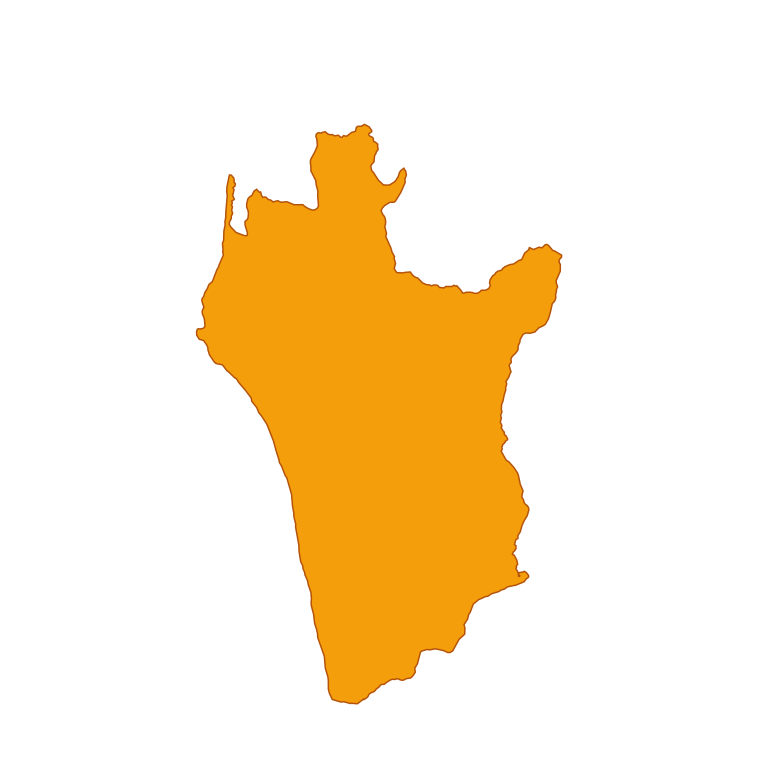 Puerto Jimenez, Puntarenas, Costa Rica, rotated 56°
{"feature_id": "36466004B12090025276311", "entity_name": "Puerto Jimenez", "entity_type": "district", "adm_level": 2, "iso_a3": "CRI", "parent_name": "Costa Rica", "parent_adm1": "Puntarenas", "projection": "albers", "projection_center": [-83.47, 8.533], "detail": "fine", "context": "isolated", "style": "filled", "palette": "amber", "viewbox_px": 768, "rotation_deg": 56, "n_neighbors": 0, "source": "geoboundaries", "source_scale": "gbopen_adm2", "svg_char_len": 6158}
<svg xmlns="http://www.w3.org/2000/svg" viewBox="0 0 768 768"><g transform="rotate(56 384 384)"><path d="M125.5,393.8L124.3,395.2L125.0,396.1L132.7,403.9L136.8,407.0L139.9,408.4L152.8,418.8L157.1,421.8L160.6,425.2L163.2,426.7L167.8,431.3L175.2,436.6L177.1,439.3L182.4,442.2L184.2,443.8L187.2,445.0L193.8,455.2L194.4,455.6L195.8,458.6L203.1,469.0L203.6,473.5L206.1,477.1L208.0,481.4L210.5,484.4L211.8,487.5L213.4,488.6L219.6,490.4L221.7,493.8L223.9,495.2L229.5,496.5L235.6,499.8L236.7,501.5L236.5,503.7L235.3,506.1L234.4,506.8L234.3,508.1L235.6,510.0L238.9,512.0L243.6,512.1L247.2,509.2L252.7,509.2L255.0,509.6L257.4,510.9L262.3,512.4L270.8,512.4L273.1,511.8L277.8,507.2L285.3,506.8L287.4,506.0L295.3,504.3L297.2,503.4L301.5,503.6L311.8,502.4L321.2,501.9L324.6,503.3L332.3,502.7L337.8,503.8L342.3,503.4L351.8,503.6L369.8,507.6L378.1,510.5L387.8,513.4L390.6,514.6L395.0,514.9L404.8,517.1L407.7,517.1L423.9,522.4L433.5,527.8L440.6,531.0L443.4,532.8L450.7,535.5L453.0,537.2L470.2,544.8L475.2,548.0L482.5,551.4L484.9,552.4L489.0,553.0L491.8,554.4L495.7,555.1L497.9,556.2L504.1,557.3L507.8,558.9L516.1,561.2L521.4,564.2L524.9,567.0L527.7,568.4L535.2,571.0L543.8,575.4L549.4,577.0L554.0,578.8L557.1,580.7L576.3,585.7L586.9,591.6L595.2,594.2L598.1,595.6L605.8,600.7L609.5,602.1L616.6,603.3L623.2,597.9L625.1,594.9L630.2,590.4L630.4,589.6L634.2,584.9L633.8,577.0L634.4,577.0L634.5,573.9L634.1,572.0L632.8,569.9L632.8,567.2L633.5,563.9L632.7,561.5L632.3,556.9L631.6,555.4L631.9,553.6L633.1,551.7L632.8,548.8L633.0,544.2L633.4,542.3L635.0,540.2L635.7,537.9L637.2,536.5L638.3,536.1L640.0,534.3L640.6,532.5L640.8,530.1L642.5,526.6L642.5,524.9L641.7,522.1L640.4,519.2L636.9,517.5L634.5,512.6L626.7,503.7L626.6,501.6L628.2,496.7L630.0,494.7L632.3,489.4L638.3,483.7L642.3,481.3L643.5,479.4L643.7,476.3L637.7,464.6L636.5,457.0L631.5,453.3L628.2,452.2L625.6,446.1L622.7,443.1L621.4,440.1L616.4,433.1L615.7,426.4L616.9,419.1L618.1,416.4L618.0,412.2L620.3,404.8L620.3,402.2L621.4,398.5L621.2,395.1L624.6,386.8L626.3,378.3L625.2,375.5L625.0,372.5L624.4,371.6L623.3,371.2L619.7,371.5L617.8,372.4L617.4,374.3L615.7,378.0L616.6,378.8L618.6,378.6L619.2,379.0L618.8,379.9L615.0,378.2L610.6,377.8L610.1,376.7L608.9,376.1L608.2,374.0L604.3,372.4L598.8,371.8L597.2,372.9L595.6,370.9L595.3,368.6L594.6,367.9L594.5,366.8L591.8,365.0L590.2,365.6L586.9,362.0L586.8,359.2L584.6,357.9L582.8,353.8L578.3,348.5L575.7,344.2L573.2,338.8L569.3,334.2L567.2,333.3L564.8,333.3L562.7,334.1L560.8,334.1L557.7,333.1L555.1,333.0L552.9,331.4L550.4,328.5L543.3,327.1L534.7,323.6L532.3,323.1L526.2,323.0L518.3,324.0L515.4,325.3L505.0,324.4L504.8,323.5L504.0,322.4L501.9,321.5L501.6,320.3L500.7,319.7L500.1,316.3L499.3,315.4L499.3,312.8L498.6,312.2L494.9,311.8L494.2,312.3L493.3,312.3L492.0,312.0L491.3,311.2L489.5,311.5L485.9,311.3L484.9,309.9L483.9,309.4L480.6,308.9L477.7,305.6L476.1,305.2L474.6,304.2L473.2,301.9L470.0,300.6L468.3,299.0L467.3,298.6L464.5,294.7L460.5,290.7L456.9,286.3L454.8,285.0L452.7,282.3L450.1,281.4L448.2,276.9L445.5,273.2L445.1,272.0L438.7,269.9L438.0,269.1L437.3,266.4L434.2,264.8L432.8,262.2L431.9,257.1L430.5,253.7L427.4,251.4L425.3,248.0L423.5,246.5L422.5,244.9L420.7,241.1L420.7,239.1L421.2,237.6L423.5,234.8L425.2,229.9L424.0,224.0L424.7,219.9L424.7,216.9L421.9,211.2L417.5,205.9L411.5,199.6L410.6,195.9L408.7,193.4L405.8,191.8L404.6,190.3L401.8,187.8L400.4,185.7L396.6,184.7L394.6,183.5L389.0,174.7L383.4,170.9L381.0,170.8L379.6,169.8L378.8,168.7L378.2,166.0L376.5,164.7L368.9,168.3L367.8,169.4L361.2,170.1L359.3,171.0L358.7,172.7L359.5,176.8L357.3,178.9L356.1,184.9L352.3,187.1L352.5,187.9L353.6,188.4L354.1,194.2L357.6,199.8L357.6,201.5L357.0,202.8L357.0,209.3L355.3,213.2L354.4,218.0L354.6,221.0L355.3,222.3L354.7,225.3L354.2,226.2L354.2,228.9L355.1,230.9L355.1,233.6L357.0,237.8L359.3,240.0L362.1,241.0L363.4,243.8L363.2,247.1L360.7,250.9L361.2,253.0L361.0,255.9L359.2,258.5L357.7,259.5L355.8,261.7L353.8,264.8L353.5,266.4L352.6,267.9L348.8,267.9L343.3,268.7L342.6,270.3L341.5,270.6L341.1,271.3L341.3,273.0L337.6,278.4L338.0,280.4L334.9,284.1L332.8,284.2L331.5,284.9L329.7,287.5L329.1,289.7L327.0,291.2L325.5,293.2L321.5,295.6L315.1,296.7L313.2,298.2L310.5,299.3L305.8,299.6L303.1,304.4L302.1,307.0L301.2,307.7L299.4,310.4L298.3,311.2L294.1,311.0L290.4,307.0L285.1,305.2L284.4,304.1L279.2,303.6L274.5,302.1L262.8,300.1L260.7,297.8L253.8,295.3L252.3,293.3L249.4,291.3L247.3,290.5L245.4,290.0L243.0,290.2L238.7,289.6L237.2,286.9L236.4,283.6L236.6,277.7L238.9,274.0L238.6,271.8L234.4,262.6L228.7,253.7L225.8,252.1L223.3,248.6L219.9,247.1L216.2,246.9L216.5,250.8L217.2,252.7L219.9,256.1L221.9,260.4L222.3,263.0L222.1,268.0L220.5,270.8L218.5,273.2L211.9,274.7L202.9,274.5L199.9,274.8L196.3,273.3L195.2,272.0L194.2,268.0L189.5,264.2L188.6,262.2L187.2,260.4L186.2,257.6L183.6,256.6L181.7,255.1L178.8,255.8L177.4,256.8L176.4,256.8L174.6,255.6L173.2,255.6L170.1,257.3L168.7,257.3L168.0,256.8L168.0,253.4L167.3,252.5L162.5,252.5L157.8,255.1L157.7,258.5L155.7,261.7L155.8,263.4L158.4,266.2L158.4,267.2L157.3,270.0L157.7,276.1L157.0,277.3L155.5,278.5L156.0,281.1L155.1,281.9L152.2,282.8L150.6,286.3L148.3,287.3L147.5,289.0L145.7,290.6L142.0,291.7L141.0,294.2L140.8,295.9L138.9,297.9L139.0,300.4L140.6,302.0L143.3,302.7L149.2,306.0L152.6,311.0L156.7,318.9L158.5,320.8L164.0,323.7L166.3,325.4L177.1,326.8L180.9,328.8L187.2,331.0L191.0,333.8L199.0,338.3L199.9,339.0L201.0,341.0L201.0,343.7L199.9,346.0L196.7,348.4L193.3,350.1L189.9,351.1L185.2,358.2L178.6,362.6L175.7,367.8L172.5,369.7L171.1,374.1L168.1,375.1L166.4,376.8L163.3,377.3L162.1,378.5L161.5,380.1L159.2,380.1L155.8,378.9L155.3,380.2L151.4,380.7L151.4,383.9L153.8,388.0L153.7,390.7L154.3,393.1L157.6,396.9L160.5,398.9L164.7,399.9L166.9,401.1L170.3,403.9L171.2,405.6L171.5,408.2L172.0,408.7L175.1,410.5L182.3,412.7L184.1,414.2L184.0,415.5L182.6,417.0L175.7,421.9L168.3,423.2L165.1,423.0L163.2,421.4L161.4,418.0L159.4,416.7L157.9,414.0L154.7,413.1L152.3,410.5L150.4,410.5L149.8,409.3L148.7,408.3L147.1,408.0L147.3,405.2L147.1,404.7L143.3,404.2L139.0,399.6L137.4,399.8L136.7,399.3L136.7,397.1L135.2,395.4L134.5,395.2L132.9,395.6L131.4,394.3L129.2,393.4L125.5,393.8Z" fill="#f59e0b" stroke="#b45309" stroke-width="1.5"/></g></svg>